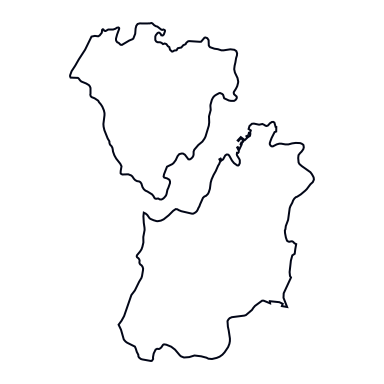 the district of Antsiranana I, Diana, Madagascar
{"feature_id": "10022922B77517626674469", "entity_name": "Antsiranana I", "entity_type": "district", "adm_level": 2, "iso_a3": "MDG", "parent_name": "Madagascar", "parent_adm1": "Diana", "projection": "robinson", "projection_center": [49.261, -12.291], "detail": "fine", "context": "isolated", "style": "outline", "palette": "ink", "viewbox_px": 384, "rotation_deg": 0, "n_neighbors": 0, "source": "geoboundaries", "source_scale": "gbopen_adm2", "svg_char_len": 5958}
<svg xmlns="http://www.w3.org/2000/svg" viewBox="0 0 384 384"><path d="M296.2,244.1L294.5,243.3L293.2,241.9L292.4,241.4L291.4,241.3L289.1,241.8L287.4,241.1L286.9,240.4L285.9,237.6L285.0,232.9L284.9,230.3L285.4,229.3L285.8,226.1L288.1,219.9L289.7,208.2L290.4,206.2L292.3,202.7L293.1,200.5L294.3,198.6L295.8,197.2L297.2,196.7L300.8,194.4L305.2,190.7L306.8,189.1L310.4,184.3L312.8,182.1L313.9,179.6L313.7,177.7L313.3,176.7L311.9,174.2L310.4,172.2L301.8,166.1L299.5,164.1L298.6,162.5L298.2,158.1L298.5,155.2L299.9,153.3L301.6,151.6L303.3,149.2L303.8,147.3L303.5,145.4L303.3,144.8L301.7,143.7L300.1,143.1L295.8,142.9L292.1,143.4L288.4,144.4L285.3,144.4L281.4,143.7L279.2,143.7L276.7,144.4L272.8,146.4L271.5,146.3L270.5,145.5L269.8,144.2L269.8,143.1L270.4,141.2L271.6,138.0L274.6,132.1L276.2,131.5L276.3,127.0L275.6,126.9L274.4,122.6L273.3,121.9L271.9,122.0L269.9,123.3L268.1,125.4L266.7,126.0L265.4,125.7L264.5,125.0L262.4,124.0L259.1,124.7L253.9,123.6L251.9,123.8L249.5,126.0L248.6,129.0L250.8,130.4L250.1,132.8L248.9,132.8L248.7,133.8L250.3,134.1L250.0,135.8L248.5,136.8L247.8,135.5L246.4,136.2L247.2,137.8L244.8,140.1L240.8,137.1L237.7,140.4L238.4,141.0L240.9,138.2L243.6,140.4L243.1,141.6L242.5,141.4L241.9,143.3L241.2,142.9L240.6,144.2L241.5,144.8L239.3,149.5L237.8,147.1L237.2,147.5L238.8,150.7L238.7,152.1L238.1,152.9L237.0,152.8L236.8,154.4L237.1,155.5L239.5,159.4L239.8,160.4L239.8,163.1L238.9,165.0L238.2,165.5L237.2,165.4L234.0,163.1L232.0,160.6L229.5,156.1L228.6,154.9L227.8,154.5L226.6,154.5L225.2,155.5L223.1,159.4L221.7,160.3L220.6,158.6L219.4,159.3L220.5,161.4L219.9,162.1L219.2,164.0L218.1,165.7L215.8,171.0L213.6,174.9L211.6,179.4L210.7,182.6L209.9,188.8L208.7,192.5L207.8,194.1L205.9,195.9L204.4,196.5L203.0,197.8L200.1,204.3L199.3,206.5L198.4,208.0L197.7,209.7L196.8,211.2L195.5,212.4L193.4,213.6L192.1,213.7L181.3,211.2L178.6,210.1L177.4,209.3L175.7,209.1L173.2,210.8L168.7,215.3L163.7,219.3L160.9,220.6L157.7,221.2L156.5,221.1L153.5,220.2L150.7,219.0L149.6,218.3L147.3,215.0L145.8,213.7L143.8,212.7L143.4,216.3L143.8,222.9L144.5,227.7L144.6,230.0L143.3,237.0L143.4,242.5L142.4,246.8L141.5,249.3L140.1,251.5L137.0,255.2L136.7,256.2L137.1,257.3L138.4,258.2L139.2,259.3L139.6,260.5L139.4,262.4L139.6,263.4L140.2,264.4L141.6,265.4L142.5,266.7L143.1,268.5L143.0,270.2L142.0,276.1L141.4,278.0L139.2,281.6L134.9,290.4L131.4,295.0L124.1,316.1L121.5,320.8L118.6,324.7L121.0,329.7L123.8,339.5L125.5,341.5L127.1,342.7L134.9,346.6L135.8,348.7L136.8,351.9L138.3,354.8L138.4,356.3L138.9,357.4L140.7,358.9L142.2,359.4L151.1,361.0L152.0,360.7L153.1,359.0L153.0,357.2L153.7,353.5L155.6,349.6L157.1,348.8L159.0,349.0L160.0,348.5L161.3,347.4L162.9,345.0L163.5,344.5L164.4,344.4L166.3,344.7L171.2,346.7L175.0,349.6L179.9,355.4L181.1,356.4L184.0,357.5L189.2,357.1L194.5,355.5L201.1,356.3L206.5,357.7L208.4,358.7L212.0,359.0L216.7,357.9L219.6,356.7L222.4,354.7L224.6,352.3L228.1,347.1L229.4,343.8L229.9,341.1L229.9,338.4L228.7,330.4L227.9,326.7L227.5,321.1L228.4,319.5L229.6,318.2L231.8,317.2L244.3,315.6L245.9,315.1L252.0,309.9L253.3,307.9L255.0,305.9L262.1,300.7L263.7,300.7L270.1,303.3L269.9,301.2L279.4,302.2L282.7,303.8L281.9,306.1L287.1,307.0L283.5,297.8L283.7,293.3L291.0,277.5L290.0,276.0L289.6,272.1L290.9,260.6L292.3,255.4L294.7,253.8L295.3,249.0L296.2,244.1ZM70.6,77.6L77.9,77.9L78.7,78.5L80.1,80.4L81.3,81.5L86.2,83.5L88.9,85.1L89.9,86.4L90.5,88.0L90.5,93.6L90.3,94.8L90.8,96.3L91.6,97.1L94.6,98.3L98.2,100.7L99.0,102.2L100.8,104.3L102.3,106.6L103.9,110.4L104.5,113.1L104.5,115.2L103.4,124.0L103.6,126.7L104.4,130.2L107.7,138.5L109.4,141.4L109.4,142.7L109.8,144.1L110.4,145.1L111.4,146.0L112.3,147.6L112.7,149.2L113.0,151.5L114.4,155.4L116.2,158.6L120.3,163.8L121.5,166.3L120.7,171.0L120.6,173.2L120.9,173.7L122.3,174.5L128.2,174.3L131.1,175.4L132.3,176.4L134.0,178.9L135.3,180.2L137.0,181.1L139.3,181.5L140.4,182.2L141.4,183.6L142.5,187.1L143.8,189.2L145.4,190.6L147.4,191.5L152.1,194.4L153.4,196.0L154.7,198.3L156.0,198.8L158.2,198.5L159.8,199.4L161.3,199.5L162.6,199.0L164.2,197.7L166.0,195.5L166.6,193.8L167.4,189.9L168.4,187.7L170.0,183.1L170.0,181.4L169.3,179.7L167.1,178.4L164.3,177.6L163.6,176.6L164.0,174.4L167.0,166.7L172.3,164.1L173.6,163.0L175.7,160.2L177.6,156.1L179.3,154.1L181.8,153.5L183.1,153.6L184.9,154.7L188.4,159.3L189.8,159.4L191.3,158.5L192.7,157.0L193.3,155.8L193.6,154.5L193.6,151.6L194.3,149.7L198.3,145.0L202.4,141.6L204.5,138.6L205.5,136.6L208.8,125.7L209.2,122.4L209.0,116.4L210.7,110.0L210.4,105.9L210.5,104.7L211.9,99.7L213.2,97.3L214.6,95.8L216.3,94.7L219.1,93.2L220.0,93.0L222.1,93.9L223.1,94.8L224.2,98.3L228.9,100.5L231.1,100.9L234.0,100.9L235.5,100.0L236.6,98.5L236.8,97.5L236.6,96.5L234.1,94.3L233.7,92.9L233.9,91.9L235.9,88.8L237.2,86.2L238.1,82.7L238.2,81.5L237.5,78.0L234.9,72.5L234.2,69.2L234.6,65.8L235.4,62.4L236.1,58.1L236.9,55.6L237.1,53.3L236.3,51.1L234.4,49.8L230.4,49.3L223.8,50.3L221.3,50.3L217.9,49.2L214.4,48.7L210.1,47.2L209.4,46.5L208.8,45.4L208.6,40.2L207.3,38.2L205.5,37.5L204.5,37.7L201.1,41.7L199.9,41.8L189.3,41.1L188.1,41.3L186.3,42.8L185.6,44.2L183.3,45.2L181.3,47.5L177.9,48.2L177.4,48.7L177.0,49.7L176.4,50.3L174.4,50.5L172.7,51.5L171.9,51.5L170.0,49.7L169.3,47.1L167.9,46.2L166.4,44.1L164.7,43.5L163.0,44.1L161.6,42.9L160.2,42.3L157.4,42.2L156.1,41.4L155.3,40.0L155.3,36.6L155.8,35.2L157.5,33.1L158.4,32.6L159.4,32.7L160.7,34.0L161.3,35.3L162.7,35.5L163.8,34.5L164.9,31.5L165.0,30.7L164.6,30.0L163.3,29.5L162.4,29.9L161.4,29.7L157.4,26.6L155.9,26.2L154.2,25.2L152.4,23.4L151.4,23.0L149.8,23.4L144.4,23.5L139.7,23.4L137.6,24.0L136.3,25.8L135.6,28.5L135.2,33.8L133.3,38.6L132.5,39.2L129.3,40.5L121.9,44.9L120.5,44.7L118.7,42.9L117.3,42.3L116.5,41.3L116.0,40.1L116.0,38.6L117.1,34.5L119.2,28.8L119.1,28.0L118.5,27.5L117.0,27.7L115.3,28.8L113.2,29.5L108.3,29.5L105.6,31.0L104.4,30.8L103.3,29.4L102.7,29.3L102.1,29.9L101.8,32.7L99.7,35.4L98.2,36.3L94.8,35.9L91.5,36.6L85.1,49.7L78.8,59.4L75.2,65.7L71.6,71.2L70.1,75.3L70.1,76.5L70.6,77.6Z" fill="none" stroke="#020617" stroke-width="2"/></svg>